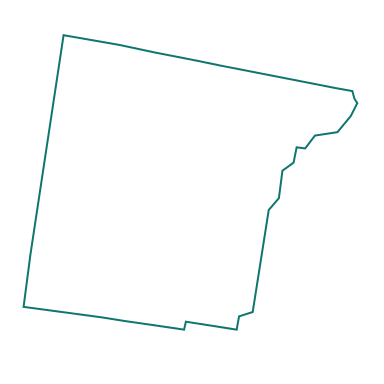 Decatur, Georgia, United States of America (Albers equal-area conic projection), rotated 188°
{"feature_id": "52423323B73642037306772", "entity_name": "Decatur", "entity_type": "district", "adm_level": 2, "iso_a3": "USA", "parent_name": "United States of America", "parent_adm1": "Georgia", "projection": "albers", "projection_center": [-84.677, 30.885], "detail": "fine", "context": "isolated", "style": "outline", "palette": "teal", "viewbox_px": 384, "rotation_deg": 188, "n_neighbors": 0, "source": "geoboundaries", "source_scale": "gbopen_adm2", "svg_char_len": 506}
<svg xmlns="http://www.w3.org/2000/svg" viewBox="0 0 384 384"><g transform="rotate(188 192 192)"><path d="M342.8,54.8L263.3,55.3L242.4,54.9L180.7,54.6L180.0,62.7L128.6,61.9L128.1,75.4L115.2,81.6L113.5,184.9L105.1,198.0L105.4,225.7L95.5,235.2L94.6,250.8L86.0,250.9L78.1,265.0L56.3,271.5L45.3,289.4L40.7,303.0L44.1,307.0L47.3,314.3L48.0,314.3L64.4,314.9L180.6,321.1L204.0,322.6L244.6,324.8L247.3,324.9L284.1,327.5L341.0,329.4L343.3,107.4L342.8,54.8Z" fill="none" stroke="#0f766e" stroke-width="2"/></g></svg>